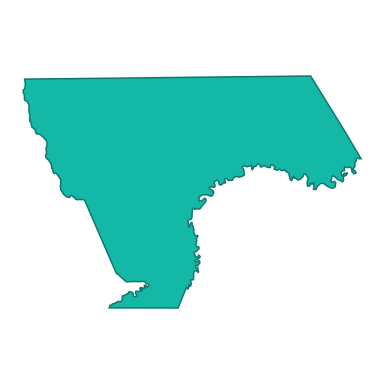 Kamrieng, Batdâmbâng, Cambodia (Natural Earth projection)
{"feature_id": "14789045B46526313837061", "entity_name": "Kamrieng", "entity_type": "district", "adm_level": 2, "iso_a3": "KHM", "parent_name": "Cambodia", "parent_adm1": "Batdâmbâng", "projection": "natural_earth1", "projection_center": [102.586, 13.09], "detail": "fine", "context": "isolated", "style": "filled", "palette": "teal", "viewbox_px": 384, "rotation_deg": 0, "n_neighbors": 0, "source": "geoboundaries", "source_scale": "gbopen_adm2", "svg_char_len": 6011}
<svg xmlns="http://www.w3.org/2000/svg" viewBox="0 0 384 384"><path d="M310.6,76.0L24.6,79.1L24.6,80.0L25.3,82.2L25.1,83.0L25.5,84.6L25.0,86.1L25.0,88.0L24.8,88.5L23.2,90.3L23.0,91.0L23.3,92.8L24.0,93.7L24.5,97.1L24.3,97.7L24.5,99.5L24.9,100.3L27.2,101.5L28.8,104.6L29.2,106.4L28.8,109.3L29.1,112.3L29.8,114.7L30.1,116.6L29.5,118.9L29.8,119.5L29.7,120.6L29.8,121.4L30.7,122.1L31.4,123.6L31.4,125.1L31.7,126.4L32.1,127.2L35.1,129.7L35.3,131.1L35.9,132.1L36.0,133.5L36.7,133.9L38.9,133.9L40.7,134.9L42.1,136.3L43.7,137.5L44.8,139.1L45.7,139.5L46.3,141.2L46.8,141.9L47.1,142.6L46.8,146.5L46.0,147.9L46.2,150.4L46.5,150.8L46.4,152.8L46.6,153.5L45.6,155.2L45.7,157.1L47.6,159.3L48.9,160.4L50.1,162.3L50.4,163.2L51.3,163.6L51.2,165.3L51.7,166.1L51.6,167.8L51.7,168.3L53.0,169.1L52.8,170.1L53.3,170.9L53.1,172.0L53.3,172.8L54.5,173.6L55.9,173.0L56.7,173.7L58.1,176.0L59.1,176.1L59.3,177.6L59.7,178.5L60.5,179.1L60.8,180.1L60.6,182.1L60.9,182.8L60.9,184.5L60.4,185.4L60.3,186.3L60.8,189.2L61.4,191.1L62.3,191.8L62.7,193.1L64.5,195.1L66.6,196.8L69.0,197.4L69.7,197.3L70.6,195.6L71.2,195.3L72.4,195.9L73.6,197.4L74.7,197.6L75.6,198.1L75.2,198.9L76.0,199.3L78.0,199.8L79.7,199.3L80.3,199.7L82.0,199.4L83.9,199.8L84.7,200.4L116.3,273.3L117.2,274.2L118.3,274.4L120.2,276.4L126.2,281.8L133.3,281.5L141.0,281.7L142.1,281.4L144.3,281.5L144.9,281.7L146.3,283.4L147.9,284.1L148.8,284.9L148.7,285.8L148.1,286.6L147.3,287.0L146.8,286.6L146.0,285.3L144.4,285.3L144.4,286.4L145.3,287.8L143.8,288.1L140.4,287.6L139.9,288.1L139.9,288.7L140.3,289.4L140.8,289.5L142.2,289.0L142.4,289.6L142.3,290.2L141.8,290.7L139.6,291.0L138.5,291.6L136.6,291.2L135.9,291.4L135.6,291.9L135.4,292.8L135.6,293.7L136.7,295.3L136.6,296.1L135.9,296.5L133.7,296.6L133.3,295.5L133.4,294.7L132.9,293.0L132.1,292.2L129.5,291.7L128.9,291.9L128.2,293.7L127.0,293.7L125.1,295.2L122.9,295.7L122.2,296.7L122.3,299.3L122.0,300.2L120.8,301.6L120.2,301.9L118.2,301.3L116.8,302.0L116.3,302.9L115.0,303.0L114.5,303.6L112.8,303.8L112.1,304.2L111.9,304.9L109.9,305.3L109.8,306.8L109.1,307.9L178.1,308.0L186.3,287.7L186.7,287.4L187.8,289.0L188.3,288.7L188.3,287.4L189.0,286.8L188.7,285.3L189.1,284.8L190.1,286.0L190.6,285.7L191.0,285.2L191.3,283.2L190.4,280.0L193.1,279.8L193.6,279.4L193.5,274.4L194.2,271.6L195.2,270.4L196.8,271.2L198.0,272.3L198.5,271.9L197.7,267.7L196.6,267.9L195.9,267.6L195.6,266.1L195.8,265.5L196.4,265.2L197.9,265.8L198.6,264.5L199.9,262.7L199.6,260.9L199.1,260.5L198.3,260.8L196.5,262.2L194.9,261.7L194.8,260.6L198.3,258.7L200.1,257.2L200.1,256.7L199.7,255.9L198.8,255.2L197.5,256.8L196.2,257.1L195.4,256.6L195.3,255.8L194.2,254.1L194.2,253.4L194.8,252.0L195.9,251.6L197.8,250.0L198.9,248.8L199.1,248.2L198.9,247.2L198.2,246.7L196.8,246.6L195.8,246.0L195.8,244.5L196.2,243.8L196.7,240.8L196.3,238.7L197.4,237.4L197.8,236.6L197.8,235.8L197.4,235.4L195.5,235.9L194.9,235.2L194.7,234.2L194.3,233.3L193.4,232.6L194.0,230.0L193.4,228.5L193.1,226.5L192.1,224.6L192.1,223.0L191.8,222.5L191.0,223.0L190.5,223.6L189.7,226.2L189.2,226.9L188.7,226.6L188.8,225.8L188.3,224.2L188.3,222.5L187.7,221.2L187.8,220.5L188.4,219.8L190.5,219.4L191.4,218.9L191.9,218.0L192.3,211.4L192.7,209.0L193.2,208.5L194.1,208.3L194.7,209.2L195.4,209.3L196.8,208.4L198.0,208.9L199.6,209.0L200.4,208.4L201.3,206.8L203.7,204.1L205.7,201.5L206.0,200.8L205.9,199.6L205.6,198.7L204.8,198.2L202.1,200.5L200.0,201.1L199.4,201.0L199.1,200.2L199.0,197.9L199.4,196.6L200.6,196.1L201.7,195.1L202.7,194.8L207.3,194.8L210.6,196.2L212.2,195.7L212.8,194.9L213.7,192.4L213.5,191.4L211.4,189.5L209.4,188.6L209.4,187.4L211.3,186.6L213.3,187.4L214.5,187.2L215.0,186.4L214.9,184.8L214.5,183.3L214.0,182.9L214.8,181.5L215.3,181.3L216.5,180.2L217.1,180.1L218.0,180.8L218.8,182.3L219.2,184.6L220.1,185.0L222.0,184.4L222.8,183.7L223.4,182.8L224.8,183.1L225.2,182.9L225.3,181.2L224.4,179.9L224.8,178.8L227.4,178.8L227.7,179.7L228.6,180.4L231.8,180.4L232.8,179.8L233.1,178.6L233.6,177.8L234.6,177.0L236.9,176.4L237.6,176.4L238.1,177.1L238.8,177.3L242.7,176.1L244.3,174.9L244.2,173.5L243.8,172.9L244.1,171.6L243.9,170.4L243.6,169.4L242.4,167.7L242.5,166.8L242.9,166.3L244.9,165.9L246.9,166.8L251.6,165.4L252.0,165.9L251.6,166.7L251.7,169.1L252.5,169.5L254.1,166.7L255.9,166.3L256.3,165.9L256.5,165.2L257.9,163.8L258.5,163.9L259.6,164.7L260.3,166.3L261.0,167.2L263.5,165.7L264.2,165.7L265.5,166.2L266.7,167.1L270.0,167.6L270.5,167.4L270.5,165.1L271.1,164.6L273.6,165.6L275.4,167.1L274.1,168.5L274.2,169.3L277.1,170.2L279.5,169.2L281.1,170.3L283.0,170.5L283.6,170.5L284.6,169.6L285.1,169.7L285.2,170.3L285.9,171.4L289.2,173.4L289.0,175.1L289.7,176.8L289.8,178.4L290.6,180.1L291.2,180.6L292.2,179.5L293.1,176.5L293.6,176.2L294.0,176.9L293.9,177.5L294.4,178.2L296.0,178.3L297.7,179.9L298.5,180.0L299.9,179.4L302.7,176.9L303.4,175.8L303.7,174.4L304.1,173.8L305.0,174.0L306.3,175.0L307.1,176.5L308.1,177.7L308.3,178.4L307.5,180.5L307.1,182.9L307.4,183.6L307.4,185.8L307.9,186.4L309.2,186.2L310.3,185.0L310.5,184.4L310.3,183.7L310.9,183.4L311.2,184.1L312.6,183.9L313.0,183.6L313.2,182.8L313.8,182.8L313.7,185.7L314.0,186.9L313.3,188.7L313.8,189.4L316.2,189.4L316.4,187.4L317.0,187.1L317.2,186.5L320.3,183.6L321.9,183.4L323.9,183.5L326.9,186.0L330.2,187.6L332.2,188.2L334.0,187.9L335.2,186.7L335.7,183.3L335.5,182.4L334.5,181.4L331.8,182.1L331.1,181.8L330.9,181.2L331.7,178.8L331.8,176.5L332.7,175.9L333.5,176.0L334.6,176.6L336.9,178.6L337.6,179.5L340.0,180.3L342.4,181.8L342.9,181.6L343.5,180.4L343.6,179.6L343.3,177.8L343.5,177.0L344.1,176.3L346.4,175.0L347.3,173.3L347.1,172.8L345.1,173.6L344.3,173.2L343.6,174.0L342.9,175.9L342.1,176.2L341.7,175.8L341.2,172.6L341.4,171.9L342.2,170.9L343.7,171.0L344.4,170.6L344.3,167.4L344.7,166.8L345.9,167.0L347.3,167.7L349.6,166.9L350.8,167.7L351.7,168.9L351.9,170.3L351.7,171.1L352.9,172.7L354.1,173.8L355.6,173.3L356.0,172.5L355.2,171.1L354.6,170.5L353.5,170.0L352.8,169.1L354.9,166.6L354.8,162.8L355.5,161.6L356.0,161.3L356.4,160.3L356.3,159.2L356.8,158.1L357.7,157.7L358.8,158.7L361.0,158.7L345.0,131.6L310.6,76.0Z" fill="#14b8a6" stroke="#0f766e" stroke-width="1.5"/></svg>